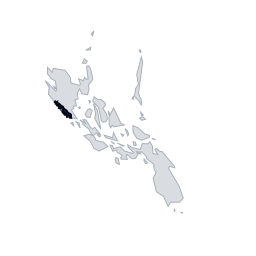 location of Surigao del Sur, Surigao del Sur, Philippines, rotated 149°
{"feature_id": "2640588B11290582279728", "entity_name": "Surigao del Sur", "entity_type": "district", "adm_level": 2, "iso_a3": "PHL", "parent_name": "Philippines", "parent_adm1": "Surigao del Sur", "projection": "equal_earth", "projection_center": [126.233, 8.71], "detail": "fine", "context": "in_parent", "style": "filled", "palette": "ink", "viewbox_px": 256, "rotation_deg": 149, "n_neighbors": 0, "source": "geoboundaries", "source_scale": "gbopen_adm2", "svg_char_len": 7266}
<svg xmlns="http://www.w3.org/2000/svg" viewBox="0 0 256 256"><g transform="rotate(149 128 128)"><path d="M122.0,37.9L129.7,42.4L134.0,40.1L132.8,51.1L136.5,58.7L132.4,71.8L126.8,75.3L126.9,79.0L124.6,83.8L127.7,92.1L127.0,94.3L128.4,100.1L133.0,103.4L132.9,100.3L137.4,98.0L140.6,99.8L142.3,105.9L144.3,104.7L144.6,101.5L149.8,104.7L149.7,106.3L147.0,107.4L149.8,112.7L149.4,114.9L153.1,116.0L152.3,122.6L150.4,120.9L151.1,117.7L144.4,115.9L142.9,110.3L137.0,103.7L135.7,104.0L137.7,110.9L137.0,113.8L134.7,109.2L128.5,103.3L123.9,107.3L118.7,104.0L116.5,105.2L116.4,99.8L119.8,93.4L116.1,90.0L116.1,95.6L114.5,96.0L112.6,91.3L110.9,90.5L107.9,70.8L108.5,69.8L111.9,73.7L114.0,72.8L114.2,51.5L116.8,39.4L122.0,37.9ZM167.0,162.3L174.6,169.1L175.8,173.7L174.0,178.8L176.4,180.4L177.4,184.4L178.7,197.9L174.6,203.6L174.6,211.3L170.7,196.7L169.3,197.7L166.0,205.9L168.2,209.1L169.1,216.0L165.7,221.4L164.4,214.7L161.2,217.5L152.3,209.9L151.3,201.5L153.6,195.8L147.9,189.8L146.1,190.0L145.0,195.7L141.9,191.5L139.2,193.9L138.7,191.2L136.9,190.6L131.8,202.2L129.9,201.9L129.5,198.6L132.9,188.0L140.0,185.0L141.5,181.1L145.5,177.3L149.9,181.1L149.4,186.5L153.6,184.0L155.8,178.7L159.2,179.2L160.7,173.4L163.5,174.9L164.2,172.7L167.3,172.8L167.0,162.3ZM144.4,169.2L140.9,172.2L139.6,168.5L136.4,166.2L134.7,161.4L135.4,159.4L139.5,157.6L139.1,151.7L140.9,146.3L143.8,144.8L146.4,145.8L147.0,147.8L142.7,160.8L144.4,169.2ZM164.6,123.1L167.7,127.9L167.2,136.3L169.8,144.0L164.5,142.7L162.4,139.9L161.2,136.8L162.0,133.9L156.3,128.4L154.7,122.6L164.6,123.1ZM129.7,132.6L139.4,136.3L140.0,138.5L142.8,137.1L142.3,140.7L138.6,147.2L130.0,152.6L131.7,135.6L129.7,132.6ZM92.9,169.4L80.0,182.0L81.4,177.1L101.3,152.1L102.2,145.1L104.9,140.3L104.6,145.4L106.2,151.8L100.9,158.0L96.6,160.1L92.9,169.4ZM114.0,109.2L122.4,110.4L125.7,114.6L125.9,121.6L122.6,127.5L119.4,123.4L116.6,114.1L113.4,110.7L114.0,109.2ZM157.6,139.9L161.3,139.4L162.4,141.7L162.2,147.7L164.9,154.5L163.6,156.2L161.9,153.7L162.3,158.4L159.8,156.5L159.8,147.8L158.5,145.3L156.2,145.8L155.1,137.1L157.6,139.9ZM144.9,166.7L145.1,159.3L152.0,140.8L151.6,153.2L148.4,157.0L144.9,166.7ZM157.8,161.9L152.8,164.5L150.8,164.2L149.6,161.5L155.1,156.6L157.6,158.5L157.8,161.9ZM143.6,122.4L152.0,131.1L152.1,134.1L146.1,127.5L142.8,131.6L143.6,122.4ZM155.4,107.6L153.5,109.0L152.1,107.2L154.1,101.3L156.1,104.2L155.4,107.6ZM133.7,207.1L129.9,209.8L128.5,206.2L130.9,205.1L133.7,207.1ZM108.5,126.4L112.1,127.5L113.0,130.4L109.8,130.5L108.5,126.4ZM129.9,108.9L132.0,110.0L130.8,113.6L129.0,111.9L129.9,108.9ZM120.1,214.3L124.1,216.5L118.4,216.4L120.1,214.3ZM169.3,160.1L167.3,157.2L169.1,152.6L168.9,155.4L169.3,160.1ZM132.2,121.4L130.8,129.1L129.9,125.9L130.7,122.1L132.2,121.4ZM110.9,225.2L111.1,227.5L107.2,228.9L110.9,225.2ZM131.2,88.3L131.1,91.7L130.2,93.2L129.2,87.8L131.2,88.3ZM137.9,148.4L136.2,152.8L136.2,150.3L137.9,148.4ZM110.0,131.8L109.0,135.0L108.2,131.2L110.0,131.8ZM158.0,137.8L156.7,137.8L155.4,135.3L157.0,135.0L158.0,137.8ZM137.0,123.7L137.0,126.6L135.1,124.2L137.0,123.7ZM174.4,161.7L172.5,161.2L173.4,158.0L174.4,161.7ZM141.6,114.9L145.0,120.7L140.7,115.0L141.6,114.9ZM109.6,150.8L107.3,152.4L108.0,149.8L109.6,150.8ZM147.9,169.1L147.4,171.6L146.2,170.3L147.9,169.1ZM148.6,122.0L149.3,125.4L147.7,121.1L148.6,122.0ZM78.5,188.9L77.3,188.7L77.6,186.5L78.4,186.3L78.5,188.9ZM160.0,171.0L158.5,171.2L158.4,169.8L159.3,169.6L160.0,171.0ZM170.3,202.0L169.2,200.4L169.6,198.8L170.3,199.6L170.3,202.0ZM112.1,104.9L112.7,106.9L111.0,104.6L112.1,104.9ZM164.5,157.2L165.1,159.8L163.5,156.7L164.5,157.2ZM131.2,33.2L129.5,34.8L130.8,32.4L131.2,33.2ZM132.6,101.7L130.4,100.2L130.4,99.2L132.6,101.7ZM125.1,27.1L126.5,28.8L124.9,27.7L125.1,27.1Z" fill="#d9dde1" stroke="#a8b0b8" stroke-width="1"/><path d="M170.0,169.8L170.2,170.1L170.9,171.1L171.2,171.7L171.4,172.4L171.4,173.1L171.4,173.6L171.4,174.3L171.5,174.9L171.6,175.2L172.0,175.7L172.3,176.7L172.9,178.2L172.7,178.7L172.6,179.1L172.9,179.2L172.9,179.6L172.7,180.1L173.0,180.6L173.2,180.9L173.4,180.9L173.2,181.1L173.4,181.5L173.6,181.6L173.8,181.7L173.9,182.1L173.9,182.7L174.7,183.1L174.3,183.6L174.5,183.8L174.2,184.1L174.3,184.4L174.5,184.5L174.7,184.8L174.7,184.7L174.8,184.8L175.1,185.4L175.1,186.4L175.3,186.4L175.3,186.5L175.2,186.6L175.3,186.8L175.0,187.1L176.3,187.2L176.3,188.2L176.3,188.3L176.5,188.4L176.5,188.1L176.6,187.9L176.8,187.8L177.0,187.5L177.1,187.4L177.2,187.5L177.2,187.4L177.3,187.4L177.2,187.3L177.0,187.5L177.0,187.3L176.9,187.3L176.9,187.2L177.0,187.1L177.0,186.9L176.9,186.8L177.0,186.5L176.9,186.5L177.0,186.4L177.0,186.5L177.0,186.4L177.1,186.2L177.2,185.9L177.3,185.9L177.2,185.8L177.1,185.7L177.2,185.2L177.2,184.9L177.3,184.9L177.3,184.7L177.2,184.4L177.3,184.3L177.2,184.2L177.3,184.2L177.3,183.9L177.4,184.0L177.4,183.8L177.2,183.7L177.1,183.9L176.8,184.2L176.7,184.3L176.6,184.5L176.4,184.4L176.4,184.5L176.2,184.6L175.9,184.1L176.0,183.9L176.1,183.7L176.4,183.4L176.5,183.3L176.6,183.1L176.6,182.9L176.5,183.0L176.5,182.9L176.4,182.9L176.1,182.8L176.0,182.5L176.0,182.4L175.9,182.2L176.1,182.1L176.3,182.0L176.3,181.7L176.5,181.7L176.6,181.4L176.5,181.1L176.4,181.2L176.2,181.2L176.3,181.0L176.3,180.9L176.3,180.7L176.5,180.6L176.4,180.5L176.5,180.5L176.8,180.6L176.7,180.5L176.7,180.4L176.7,180.2L176.8,180.2L176.7,180.1L176.3,179.9L176.4,179.6L176.3,179.4L176.2,179.5L175.9,179.7L175.6,179.7L175.3,179.4L175.1,179.5L174.8,179.3L174.5,179.4L174.6,179.5L174.8,179.6L175.0,179.7L175.0,179.8L174.9,179.8L174.6,179.8L174.3,179.6L174.2,179.7L173.9,179.5L173.8,179.3L173.8,179.2L173.4,178.6L173.6,178.4L173.6,178.1L173.8,178.0L173.9,177.9L174.0,177.8L174.0,177.7L174.4,177.6L174.6,177.3L174.8,177.4L175.2,177.4L174.9,177.2L174.8,176.8L175.0,176.7L175.1,176.4L175.3,176.3L175.4,176.2L175.6,176.3L175.7,176.1L175.8,176.1L175.7,175.8L175.8,175.8L175.8,175.7L176.0,175.6L176.0,175.4L175.9,175.4L176.1,175.3L176.0,174.9L175.9,174.9L175.8,174.7L176.0,174.5L176.0,174.3L176.0,174.2L175.9,174.2L175.7,174.2L175.8,174.0L175.8,173.9L175.8,173.7L175.6,173.5L175.6,173.4L175.5,173.5L175.4,173.5L175.5,173.3L175.4,173.3L175.1,172.8L174.9,172.8L175.0,172.7L175.1,172.8L174.8,172.3L174.7,172.1L174.8,172.0L174.7,172.0L174.7,171.8L174.4,171.8L174.2,171.6L174.3,171.1L174.4,170.8L174.5,170.8L174.4,170.6L174.5,170.3L174.4,170.2L174.5,170.1L174.5,169.9L174.5,169.7L174.6,169.4L174.7,169.2L174.6,168.9L174.8,168.8L174.8,168.7L174.7,168.7L174.4,168.7L174.2,168.9L174.1,169.0L173.9,169.3L173.6,169.5L173.4,169.6L173.2,169.7L172.8,169.4L172.4,168.5L172.4,168.3L172.4,168.2L172.3,167.9L172.3,167.7L172.4,167.3L172.3,167.5L172.0,167.8L171.9,167.7L171.9,167.4L171.8,167.5L171.7,167.5L171.7,167.4L171.5,167.2L171.6,166.9L171.8,166.8L171.8,166.7L171.8,166.8L172.0,166.7L172.0,166.8L172.1,166.7L172.2,166.4L172.2,166.2L172.1,166.4L171.9,166.3L171.9,166.5L172.0,166.7L171.8,166.6L171.8,166.3L171.7,166.3L171.8,166.2L171.7,166.0L171.6,165.9L171.6,166.1L171.4,166.0L171.3,166.4L171.2,166.4L171.2,166.5L170.9,166.9L169.9,168.5L169.9,169.0L170.0,169.2L170.0,169.8ZM172.7,166.9L172.6,167.0L172.6,167.3L172.7,167.2L172.8,167.2L172.7,166.9ZM171.9,167.1L171.7,167.2L171.7,167.3L171.8,167.2L171.9,167.3L172.0,167.3L171.9,167.1ZM173.2,167.4L173.1,167.5L173.2,167.4ZM174.6,169.8L174.6,169.7L174.6,169.8Z" fill="#0f172a" stroke="#020617" stroke-width="1.5"/></g></svg>